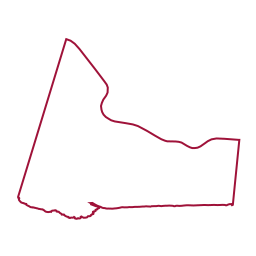 outline of Ulimang, Ngaraard, Palau, rotated 89°
{"feature_id": "81905179B13988178862867", "entity_name": "Ulimang", "entity_type": "district", "adm_level": 2, "iso_a3": "PLW", "parent_name": "Palau", "parent_adm1": "Ngaraard", "projection": "equal_earth", "projection_center": [134.641, 7.614], "detail": "fine", "context": "isolated", "style": "outline", "palette": "rose", "viewbox_px": 256, "rotation_deg": 89, "n_neighbors": 0, "source": "geoboundaries", "source_scale": "gbopen_adm2", "svg_char_len": 3398}
<svg xmlns="http://www.w3.org/2000/svg" viewBox="0 0 256 256"><g transform="rotate(89 128 128)"><path d="M191.1,22.7L141.8,16.9L141.8,17.5L140.5,31.5L140.0,39.7L140.8,44.7L142.6,48.5L144.7,51.5L146.5,54.2L147.6,55.8L148.9,58.8L149.2,61.3L149.2,64.1L148.4,66.4L146.9,69.3L143.5,74.7L142.7,77.5L142.3,80.8L142.0,89.0L141.4,91.1L139.8,94.9L136.2,101.0L131.0,109.4L126.2,118.1L124.5,123.1L123.1,130.3L121.2,141.1L120.0,144.7L118.5,147.1L116.6,150.0L114.2,152.2L111.7,153.5L109.2,154.2L105.5,154.6L102.5,153.7L99.2,152.2L95.3,149.3L92.2,147.8L87.2,147.5L84.3,148.5L81.1,150.7L68.5,159.9L48.1,175.2L42.8,179.8L39.7,183.9L38.1,188.2L195.0,239.1L195.4,239.0L195.6,239.0L195.6,238.5L195.9,238.2L196.1,238.3L196.3,238.1L196.6,238.0L197.1,238.3L197.9,238.3L198.4,238.0L198.8,237.7L199.1,237.5L199.5,237.1L199.9,236.8L200.2,236.4L200.5,236.2L200.6,235.8L200.9,235.3L201.1,234.7L201.2,234.2L201.3,233.5L201.6,233.3L201.9,232.6L202.1,231.4L202.3,231.5L202.6,231.2L203.0,231.0L203.5,230.2L204.0,229.3L204.4,228.4L204.9,227.7L205.4,226.7L205.6,226.2L205.6,225.7L205.6,225.1L205.8,224.8L205.7,224.5L205.8,223.6L206.0,223.4L206.2,222.5L206.3,221.9L206.5,221.2L206.7,220.6L206.8,219.9L207.1,219.2L207.3,218.7L207.4,218.1L207.4,217.7L207.6,217.1L207.7,216.5L207.8,215.9L207.8,215.3L207.9,214.8L208.1,214.4L208.6,214.0L208.7,213.5L209.0,213.1L209.6,212.6L210.0,212.0L210.3,211.4L210.5,210.5L210.7,209.3L210.6,208.6L210.5,207.4L210.3,206.9L210.4,206.6L210.2,206.6L210.2,206.4L209.9,205.9L209.7,205.7L209.4,205.4L209.3,204.8L209.2,203.6L209.2,202.9L209.0,202.6L209.0,201.9L209.4,201.1L209.8,201.1L210.1,200.6L210.3,200.6L210.3,200.3L210.5,199.8L210.5,198.8L211.9,197.4L212.6,196.2L213.2,195.6L213.4,195.6L213.4,194.1L213.6,194.0L213.6,193.3L214.1,193.1L214.9,192.1L215.3,191.2L215.7,190.3L215.8,189.3L216.3,188.7L216.6,188.8L216.9,188.1L217.0,187.5L216.7,187.0L216.6,186.0L216.7,185.0L216.6,184.3L216.4,183.9L216.0,183.5L216.5,182.8L217.4,182.7L217.6,182.1L217.9,181.3L217.7,180.7L217.7,179.9L217.3,179.5L217.6,178.5L217.5,177.5L217.1,177.0L216.6,176.5L215.9,176.7L215.7,176.0L216.1,175.7L217.0,173.7L216.9,172.9L216.9,171.9L216.6,170.5L215.5,169.5L215.5,167.6L215.2,166.9L214.5,166.7L214.3,166.1L213.8,165.8L213.4,164.2L212.3,163.9L212.2,164.6L211.2,164.5L210.8,163.7L210.7,162.6L210.2,161.8L209.2,161.8L208.8,160.2L208.3,160.1L207.5,158.2L206.5,158.2L205.8,160.7L205.5,161.8L204.9,163.2L203.7,166.2L202.8,166.0L202.4,166.7L202.3,164.9L203.7,162.7L205.1,160.2L206.0,158.0L206.3,156.9L207.3,155.1L207.6,153.9L207.7,152.5L208.1,151.3L208.2,150.3L208.2,149.1L208.3,146.8L208.4,144.8L208.2,142.9L208.1,141.1L207.9,139.6L207.6,137.7L207.2,136.1L207.1,134.9L207.3,132.8L207.3,130.1L207.1,128.1L207.2,125.0L207.0,123.0L207.0,120.7L207.0,118.0L206.8,115.1L206.8,113.2L206.6,111.3L206.8,109.3L206.8,108.5L207.0,106.9L206.6,105.7L206.6,104.0L206.6,101.0L206.3,98.8L206.7,96.1L206.5,94.3L206.4,92.4L206.4,90.3L206.3,88.4L206.4,86.5L206.6,84.4L207.0,83.4L207.0,82.4L206.6,81.3L206.6,79.9L206.8,78.0L206.7,75.5L206.5,73.7L206.3,70.9L206.3,69.1L206.4,67.3L206.6,63.9L206.5,60.3L206.4,56.3L206.3,53.0L206.5,49.5L206.5,47.5L206.4,43.5L206.6,40.1L206.6,37.8L206.5,35.2L206.6,32.7L206.7,32.2L207.0,31.5L207.0,30.7L206.6,30.0L206.4,29.4L206.0,28.2L205.9,27.5L205.9,26.9L205.9,26.2L205.8,25.6L205.9,25.1L206.2,25.1L206.4,25.3L206.7,25.6L207.0,25.4L206.8,24.9L206.6,24.5L191.1,22.7Z" fill="none" stroke="#9f1239" stroke-width="2"/></g></svg>